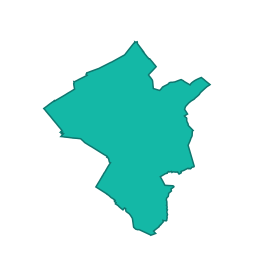 Pajacuarán, Michoacán, Mexico, rotated 302°
{"feature_id": "50627088B74938552540621", "entity_name": "Pajacuarán", "entity_type": "district", "adm_level": 2, "iso_a3": "MEX", "parent_name": "Mexico", "parent_adm1": "Michoacán", "projection": "natural_earth1", "projection_center": [-102.531, 20.15], "detail": "fine", "context": "isolated", "style": "filled", "palette": "teal", "viewbox_px": 256, "rotation_deg": 302, "n_neighbors": 0, "source": "geoboundaries", "source_scale": "gbopen_adm2", "svg_char_len": 5131}
<svg xmlns="http://www.w3.org/2000/svg" viewBox="0 0 256 256"><g transform="rotate(302 128 128)"><path d="M128.5,202.9L129.9,204.4L130.7,204.4L131.1,203.9L145.2,188.1L150.1,187.4L151.8,187.0L153.2,186.7L154.3,186.7L155.5,186.4L157.9,185.1L159.4,184.2L160.4,184.6L162.1,177.7L163.0,177.1L163.6,176.4L164.0,175.7L164.6,174.7L165.2,174.1L165.7,173.6L166.5,173.2L167.3,172.7L167.7,172.1L167.6,171.2L167.8,170.6L168.0,169.6L168.1,169.4L171.4,171.1L171.7,170.5L173.7,166.4L173.8,166.1L176.7,165.4L181.3,166.2L184.5,167.3L187.4,168.8L189.3,169.2L192.0,170.1L194.3,170.7L195.4,170.6L196.8,170.8L197.6,171.0L202.4,172.3L205.0,173.1L207.7,174.4L208.3,174.6L209.0,168.7L209.3,167.0L209.7,163.4L208.4,162.5L206.8,161.4L204.9,160.2L203.6,159.5L202.3,158.9L201.0,158.4L199.9,158.0L198.8,157.8L197.4,157.8L197.4,157.1L197.2,150.6L197.4,150.1L197.2,147.4L196.7,147.0L196.0,146.4L191.9,143.3L190.7,141.9L190.4,141.6L189.9,140.8L189.2,139.8L188.2,139.0L187.2,138.9L186.4,138.7L185.9,138.4L184.9,137.9L184.0,137.3L182.5,136.4L182.1,136.2L181.6,136.1L181.5,135.9L181.3,135.7L181.1,135.6L179.8,135.5L179.5,135.5L179.0,135.5L178.1,135.2L177.6,135.2L176.6,134.9L175.8,132.0L174.9,128.6L176.0,127.7L180.7,124.1L181.5,123.3L182.1,121.9L182.2,121.7L182.6,120.7L183.3,118.6L183.8,117.3L184.1,117.2L190.8,118.6L194.9,119.4L195.6,117.6L195.9,116.5L196.8,114.0L197.8,110.8L198.2,109.6L197.7,109.0L197.9,108.5L198.4,107.1L198.4,106.9L198.4,106.7L198.9,105.4L200.4,101.2L200.8,100.1L201.0,100.5L201.9,98.2L202.5,96.5L202.6,96.4L202.7,96.1L204.2,92.1L204.7,91.1L205.6,90.5L205.9,90.2L205.7,90.1L205.0,89.3L205.2,89.1L204.6,88.5L204.6,88.3L204.4,88.5L203.8,88.5L203.9,88.2L200.9,87.8L197.4,87.4L194.8,87.1L188.2,86.4L187.6,86.1L187.3,85.9L181.9,82.9L174.7,78.9L174.6,78.7L167.0,74.1L163.7,72.1L163.0,71.7L162.4,71.2L152.9,63.8L152.6,64.0L152.3,64.1L152.1,64.1L151.4,63.9L151.3,64.1L151.0,65.4L149.4,64.4L147.8,63.5L146.2,62.5L144.7,61.6L143.3,60.7L143.1,60.7L142.9,60.5L141.5,59.7L140.0,58.8L139.9,58.7L138.4,57.8L138.4,57.7L137.6,58.4L136.9,58.4L135.4,59.6L133.1,61.7L132.7,62.1L129.0,60.3L125.2,58.3L124.1,57.8L121.1,56.3L119.2,55.3L112.2,51.6L112.3,51.5L112.4,51.1L112.2,51.0L112.1,51.4L111.8,51.2L110.6,50.5L110.1,50.2L107.1,49.0L100.5,46.5L99.9,46.2L99.8,46.4L99.6,47.2L99.3,48.3L98.7,49.8L98.2,51.5L98.0,52.0L97.6,53.2L97.1,54.8L96.6,56.4L96.0,58.1L95.5,59.6L95.4,59.7L94.9,61.3L94.4,62.8L93.9,64.4L93.4,65.9L93.3,66.1L92.8,67.6L92.2,69.3L92.1,69.8L90.9,73.3L90.6,73.3L88.7,72.9L89.6,74.7L87.9,74.4L87.9,74.6L88.4,75.3L88.8,76.3L87.0,75.9L85.2,75.6L86.1,77.4L86.8,79.1L87.0,79.5L87.8,81.1L88.6,82.8L88.7,83.0L89.4,84.6L89.8,85.4L90.2,86.4L91.1,88.1L91.2,88.3L92.2,90.2L93.0,91.9L93.8,93.5L93.2,96.9L92.8,98.5L92.7,99.0L92.7,100.5L92.7,101.5L92.7,102.5L92.7,103.5L92.7,104.6L92.7,105.5L92.8,106.5L92.8,107.5L92.8,108.5L92.8,109.5L92.8,110.5L92.8,111.5L92.8,113.5L92.8,114.5L92.8,115.5L92.8,116.4L92.8,117.4L92.8,118.4L92.8,119.4L92.8,120.4L92.8,121.5L92.8,122.5L92.9,123.4L92.9,125.5L92.0,125.5L92.0,127.5L91.1,128.4L89.3,130.2L89.2,130.7L89.3,131.3L89.3,131.6L87.5,131.5L87.4,131.5L85.7,131.5L83.9,131.5L82.0,131.6L80.3,131.6L80.2,131.7L78.5,131.7L76.8,131.6L76.7,131.6L74.9,131.7L74.6,131.8L73.1,131.8L73.1,131.7L72.2,131.8L69.6,131.8L69.4,131.9L66.5,131.9L61.0,132.0L60.9,145.2L60.7,145.2L60.7,147.1L60.6,147.8L60.0,150.8L60.1,151.8L60.2,152.7L60.0,153.0L60.1,154.4L59.6,154.5L59.7,155.5L58.4,155.6L58.4,156.0L58.4,156.7L58.4,156.9L58.4,157.4L57.0,157.5L57.0,157.8L57.0,158.8L57.0,159.1L57.0,159.7L56.9,161.0L56.6,161.9L56.5,162.4L56.2,164.4L56.1,165.2L55.9,167.1L57.0,167.2L58.3,167.4L58.4,168.7L57.8,168.9L56.2,170.6L55.9,174.7L55.6,175.4L55.4,176.1L53.7,179.6L50.5,182.3L47.6,184.7L47.0,185.2L46.8,185.5L46.3,188.1L46.9,190.2L47.7,191.2L49.2,203.4L49.3,204.1L49.2,204.2L51.7,206.2L51.8,206.2L51.9,206.3L53.1,207.2L53.2,207.3L54.1,204.3L58.9,206.0L60.8,206.7L61.1,206.4L63.2,207.0L63.2,206.8L64.7,207.2L65.7,207.4L65.8,207.4L66.4,207.5L66.6,207.6L67.0,207.6L68.2,206.6L68.6,207.9L69.2,208.8L69.4,209.3L69.4,209.5L69.9,209.7L70.1,209.8L70.2,209.7L70.7,209.4L71.0,209.3L71.4,209.3L72.2,208.9L72.9,208.6L73.2,208.2L74.4,207.6L75.4,207.5L77.0,205.7L78.1,205.0L79.5,204.8L79.6,204.1L79.9,203.6L80.3,203.6L80.8,203.6L82.7,202.3L82.9,201.5L83.7,201.6L84.5,200.9L85.1,200.8L85.4,200.2L86.0,200.0L86.5,199.7L87.1,198.7L89.0,197.9L90.4,198.2L91.2,198.4L92.8,197.8L94.1,197.1L95.0,197.4L97.6,198.2L99.1,196.8L100.4,197.4L102.0,198.0L102.5,198.1L102.9,197.4L102.8,196.9L102.6,196.3L102.4,195.9L100.7,192.9L99.8,191.2L99.0,189.7L99.6,188.6L101.5,185.4L103.8,181.2L106.5,182.6L108.9,183.8L110.4,185.2L110.5,185.1L110.8,184.9L111.4,185.1L112.5,185.5L112.4,186.0L112.5,186.1L112.6,186.3L113.0,186.7L113.4,187.2L113.8,187.6L114.1,187.8L113.6,188.8L113.9,188.9L114.2,188.8L114.5,189.4L114.6,189.5L115.0,189.9L115.5,191.2L116.3,192.5L116.8,193.1L116.7,193.5L116.9,193.6L116.2,195.3L116.0,195.7L118.0,196.8L118.8,196.6L119.2,196.0L120.0,196.5L120.3,196.8L120.6,197.0L121.6,197.8L124.7,199.6L125.5,200.1L125.6,200.3L125.3,200.1L125.7,201.3L126.0,201.6L126.3,201.9L126.4,202.4L126.5,202.6L127.4,202.9L128.5,202.9Z" fill="#14b8a6" stroke="#0f766e" stroke-width="1.5"/></g></svg>